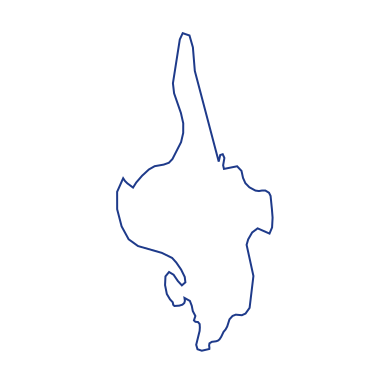 the County of Hiiu, rotated 80°
{"feature_id": "EST-1660", "entity_name": "Hiiu", "entity_type": "County", "adm_level": 1, "iso_a3": "EST", "parent_name": "Estonia", "parent_adm1": "", "projection": "equal_earth", "projection_center": [22.694, 58.888], "detail": "fine", "context": "isolated", "style": "outline", "palette": "blue", "viewbox_px": 384, "rotation_deg": 80, "n_neighbors": 0, "source": "natural_earth", "source_scale": "10m", "svg_char_len": 1442}
<svg xmlns="http://www.w3.org/2000/svg" viewBox="0 0 384 384"><g transform="rotate(80 192 192)"><path d="M112.3,189.2L91.7,192.5L81.6,191.9L39.6,177.5L34.0,173.6L37.4,167.3L49.7,166.0L73.2,168.2L166.7,160.4L160.5,157.8L160.1,155.2L164.1,154.2L171.1,156.7L174.8,156.5L174.5,143.1L179.8,139.6L187.0,139.3L192.6,137.9L197.3,134.7L201.6,129.3L202.7,125.9L202.7,122.7L203.3,119.5L206.1,116.3L209.5,115.3L223.0,116.3L231.3,117.1L240.8,119.3L246.4,122.9L239.2,133.7L242.3,139.8L248.4,144.9L253.5,147.4L285.4,146.1L316.1,155.4L321.0,160.4L322.0,164.3L320.4,170.2L321.1,173.6L323.9,177.2L330.6,180.7L333.2,182.8L335.2,185.2L339.7,188.4L341.9,190.5L342.9,192.3L343.2,194.2L343.0,198.5L344.1,201.1L346.2,201.8L348.4,201.9L349.6,202.2L350.0,209.9L347.8,213.9L343.2,214.4L330.1,208.6L326.8,207.8L323.4,207.4L321.1,208.7L320.4,211.2L318.8,212.4L314.7,210.2L309.4,211.9L304.0,212.0L298.9,213.0L295.0,217.8L298.0,217.9L300.0,218.9L301.3,221.0L301.7,224.3L301.2,229.1L299.8,230.1L297.3,230.1L293.9,232.3L288.1,234.5L279.0,234.7L270.5,232.8L266.8,228.5L270.3,224.5L277.2,221.4L282.2,218.2L279.8,214.2L274.4,213.9L266.5,216.2L258.8,219.7L253.5,223.0L246.7,232.3L235.9,254.5L227.6,262.6L213.6,267.3L196.0,268.7L178.8,265.7L166.5,257.4L169.5,256.1L172.2,254.2L177.4,249.3L173.0,245.3L167.3,238.3L162.3,230.5L160.1,224.3L160.1,215.1L159.2,209.7L156.1,205.5L141.0,194.1L132.3,190.4L122.8,188.7L112.3,189.2Z" fill="none" stroke="#1e3a8a" stroke-width="2"/></g></svg>